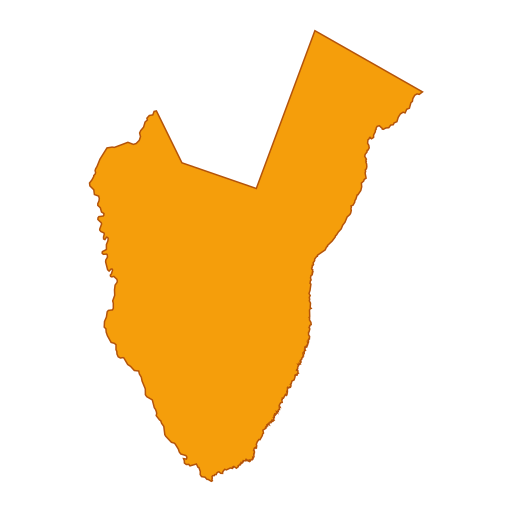 Senanga, Western, Zambia (Equal Earth projection)
{"feature_id": "96606910B84216604788069", "entity_name": "Senanga", "entity_type": "district", "adm_level": 2, "iso_a3": "ZMB", "parent_name": "Zambia", "parent_adm1": "Western", "projection": "equal_earth", "projection_center": [23.97, -16.023], "detail": "fine", "context": "isolated", "style": "filled", "palette": "amber", "viewbox_px": 512, "rotation_deg": 0, "n_neighbors": 0, "source": "geoboundaries", "source_scale": "gbopen_adm2", "svg_char_len": 6103}
<svg xmlns="http://www.w3.org/2000/svg" viewBox="0 0 512 512"><path d="M314.9,30.7L256.3,188.5L181.9,162.8L156.4,110.9L154.1,111.4L152.8,114.9L149.3,115.5L146.9,118.2L147.4,120.0L145.1,122.0L143.6,127.1L140.7,130.6L139.6,133.0L140.5,136.6L139.3,140.3L136.2,143.5L133.4,144.4L127.9,142.3L114.4,147.4L112.1,147.1L107.0,147.9L100.0,159.1L97.0,166.5L95.6,168.9L95.1,170.7L95.6,172.5L95.2,174.0L93.8,175.5L93.7,176.6L91.8,180.1L89.5,183.0L89.9,185.9L93.8,189.8L94.4,194.5L98.6,196.1L99.3,198.3L99.0,200.9L97.8,203.6L97.8,205.4L100.3,207.7L101.5,212.0L103.9,213.5L103.8,215.3L103.1,216.1L98.9,216.6L98.0,217.8L97.9,219.5L101.3,222.8L101.6,224.0L99.7,229.2L99.8,230.2L101.0,231.6L103.9,232.9L104.3,234.0L103.5,237.1L103.6,239.0L104.9,239.6L106.6,237.1L107.7,237.6L108.2,238.5L107.9,240.8L106.4,244.6L106.4,249.5L102.4,251.6L102.1,253.1L103.3,254.3L106.6,254.1L107.2,254.7L107.5,257.1L105.8,260.0L105.6,261.9L107.6,269.7L109.1,271.1L111.1,269.0L112.2,269.1L112.6,270.0L111.4,273.9L110.3,275.1L110.6,276.4L111.8,276.9L113.8,276.4L116.8,279.2L117.3,280.8L117.1,282.3L115.1,285.1L114.5,289.8L114.7,295.3L112.7,300.9L113.3,303.2L113.3,308.3L112.5,309.9L108.4,310.4L107.2,311.8L106.4,317.1L104.5,321.5L104.2,327.1L105.9,328.8L106.2,332.2L107.4,335.7L111.1,342.4L114.3,343.3L116.0,344.7L116.0,349.7L116.8,351.4L117.0,354.1L118.2,356.8L120.4,358.0L123.0,357.6L123.9,358.0L127.7,364.5L130.6,366.4L134.3,370.5L138.7,371.0L139.4,374.0L141.3,377.2L142.1,381.1L145.3,388.9L145.4,394.7L146.8,396.7L152.3,399.9L154.3,407.7L155.5,409.4L156.4,411.8L156.7,413.5L156.2,415.6L159.5,419.9L160.7,420.7L161.6,423.3L163.8,426.4L164.8,434.6L165.7,436.2L171.4,442.3L174.2,443.1L175.2,444.0L178.3,449.0L179.3,452.0L180.8,454.0L185.7,455.5L186.6,456.4L186.9,457.7L186.4,459.1L183.5,458.6L184.3,460.7L184.4,463.0L186.3,464.5L188.8,464.4L190.0,465.9L196.4,464.0L198.0,467.3L198.9,467.6L200.3,471.5L200.2,474.5L201.5,476.6L205.0,477.2L207.0,479.4L208.1,479.4L211.3,481.3L212.4,480.7L211.9,479.3L212.3,478.1L212.0,476.6L212.7,475.7L214.3,475.6L214.6,474.6L216.2,474.6L216.8,473.0L218.0,472.1L218.9,471.8L220.7,473.3L222.6,473.4L222.8,471.7L224.7,469.3L226.4,469.9L230.3,468.0L232.4,468.4L232.5,467.2L233.3,466.8L233.6,467.2L234.0,466.5L236.4,468.2L238.4,466.6L238.2,465.6L239.5,465.0L240.2,464.0L240.5,464.4L241.0,462.9L241.3,463.4L242.0,462.5L242.1,463.0L242.5,462.8L243.4,461.4L243.3,460.6L245.6,460.8L245.8,459.9L246.2,460.4L246.6,459.6L247.2,460.3L248.0,460.2L248.1,460.8L248.7,460.5L248.6,461.1L249.3,461.5L249.8,460.3L250.3,460.9L251.1,459.6L252.1,459.8L252.4,458.9L252.9,458.9L252.8,457.7L253.2,458.1L254.0,456.6L253.7,454.5L254.2,453.9L253.8,453.5L254.5,452.2L254.3,450.9L253.6,450.6L254.3,448.2L255.4,447.4L255.9,448.3L256.4,448.1L256.7,445.6L256.3,444.4L257.2,441.9L258.9,439.5L260.0,439.7L262.3,435.6L262.6,434.0L263.5,433.1L262.9,430.2L265.8,428.3L265.5,427.8L266.5,427.0L266.1,426.5L267.0,426.2L266.9,425.2L267.5,425.4L267.3,424.6L268.0,424.1L268.8,424.5L268.5,424.0L269.0,424.0L268.9,423.1L270.2,422.8L270.3,421.9L271.0,422.0L271.6,420.9L271.7,421.5L272.0,420.9L272.2,421.5L272.9,421.3L273.5,420.5L273.1,420.2L274.0,420.1L273.6,419.5L273.9,418.1L273.5,417.6L274.0,417.4L274.1,416.5L273.8,415.9L274.2,416.3L274.1,415.3L274.8,415.3L274.8,413.9L275.5,414.1L275.5,414.8L276.2,414.0L276.2,413.2L277.0,412.8L276.8,412.2L277.3,412.6L277.0,411.6L278.3,411.6L278.0,410.7L278.6,409.7L279.5,409.6L279.3,406.7L280.0,407.0L279.2,405.3L280.6,402.8L282.2,402.4L281.8,399.7L282.3,399.4L282.3,398.1L283.4,398.2L285.3,394.8L286.1,395.2L286.0,394.4L286.9,394.7L287.4,392.1L286.9,392.1L286.8,391.2L287.4,390.8L287.5,387.9L287.9,388.0L288.0,387.3L288.8,387.8L290.1,387.4L289.9,387.1L289.9,386.8L290.8,386.5L291.0,385.0L290.4,384.4L291.3,383.5L291.9,381.1L294.1,379.9L295.1,376.7L295.0,375.2L295.9,374.7L296.0,375.2L297.1,375.1L297.2,374.0L298.3,373.2L297.9,372.9L297.9,370.7L297.3,370.0L296.6,370.2L296.7,369.6L297.7,368.7L297.7,367.0L298.6,365.4L298.3,364.9L298.7,365.1L299.0,363.9L299.3,364.4L300.1,364.1L299.7,363.8L300.9,362.3L300.4,361.8L300.7,361.6L300.3,361.1L300.9,360.9L300.6,360.1L301.8,359.1L301.7,358.1L302.8,357.4L302.8,356.3L303.5,356.0L303.2,354.7L303.6,355.1L303.4,354.5L304.2,353.5L304.2,352.4L303.6,352.2L304.5,351.4L304.5,350.7L305.4,350.3L304.6,349.2L305.1,348.9L304.8,347.2L305.6,347.3L306.0,346.5L306.7,347.0L307.1,346.0L306.5,345.9L307.6,344.8L307.3,344.4L307.9,343.7L307.7,342.7L308.1,343.1L308.5,342.1L308.5,340.5L308.1,340.3L309.1,338.5L309.4,338.7L309.6,336.4L308.6,335.0L308.5,332.3L309.0,332.0L309.8,328.9L309.0,327.3L309.7,326.7L309.7,325.5L311.2,324.6L310.9,322.3L309.5,320.0L309.6,317.7L309.2,317.5L309.7,316.5L309.5,310.0L310.3,308.6L311.1,308.4L310.2,307.3L310.5,303.1L309.3,300.8L309.7,299.4L309.3,297.3L310.2,295.6L309.0,293.5L310.0,290.5L310.9,284.1L310.0,283.4L310.5,280.4L311.1,280.0L310.5,277.9L311.0,275.5L312.1,274.9L312.5,273.6L312.1,273.1L312.9,272.0L312.5,271.9L312.7,269.7L311.8,269.2L311.6,268.0L312.1,267.7L312.3,265.4L312.9,265.5L313.5,264.4L313.1,262.9L314.6,260.7L314.7,259.0L316.7,256.4L317.4,256.3L317.6,255.1L325.2,249.9L326.4,247.2L327.5,246.3L327.5,245.5L332.2,241.0L335.2,237.0L335.6,235.6L336.5,235.0L338.2,232.2L341.2,228.9L342.7,225.2L345.0,222.2L347.1,217.0L349.9,214.5L350.7,213.0L351.3,210.3L350.9,208.7L351.4,207.2L351.0,206.0L353.0,205.2L354.7,202.2L354.9,200.5L355.8,199.3L357.2,194.9L357.9,194.8L360.8,190.5L361.7,186.8L361.4,183.1L363.7,181.0L364.2,179.4L366.1,178.2L365.1,172.9L365.6,171.7L365.3,169.9L366.4,168.8L366.8,166.8L366.6,163.9L365.8,162.0L366.3,161.4L365.8,160.1L366.4,159.2L364.7,156.3L365.2,154.3L367.0,152.0L367.1,150.4L368.0,150.1L369.2,147.9L368.8,145.3L367.6,143.3L367.9,139.9L368.8,139.2L369.7,137.4L370.4,137.4L370.5,138.2L371.5,138.8L373.6,137.4L373.6,135.0L375.3,131.8L375.4,130.1L376.1,129.4L376.1,128.2L377.1,126.4L379.3,125.7L382.2,128.4L382.3,129.1L383.4,129.3L385.8,128.0L388.8,127.7L390.7,125.1L393.3,124.7L394.1,122.9L396.9,121.7L398.2,117.4L400.3,114.0L403.1,112.2L405.1,112.9L406.7,109.3L409.4,108.2L410.9,102.7L412.4,101.4L412.8,98.7L414.7,95.3L417.0,93.9L419.2,94.4L422.5,91.9L314.9,30.7Z" fill="#f59e0b" stroke="#b45309" stroke-width="1.5"/></svg>